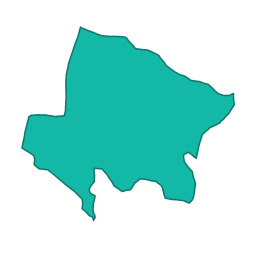 outline of Al-Shikhan, Ninawa, Iraq, rotated 276°
{"feature_id": "34846034B50799597720229", "entity_name": "Al-Shikhan", "entity_type": "district", "adm_level": 2, "iso_a3": "IRQ", "parent_name": "Iraq", "parent_adm1": "Ninawa", "projection": "natural_earth1", "projection_center": [43.409, 36.699], "detail": "fine", "context": "isolated", "style": "filled", "palette": "teal", "viewbox_px": 256, "rotation_deg": 276, "n_neighbors": 0, "source": "geoboundaries", "source_scale": "gbopen_adm2", "svg_char_len": 2618}
<svg xmlns="http://www.w3.org/2000/svg" viewBox="0 0 256 256"><g transform="rotate(276 128 128)"><path d="M98.4,24.7L97.0,24.7L93.1,32.9L90.7,37.2L87.3,38.5L81.8,38.5L79.7,41.4L78.1,44.0L78.1,52.5L74.4,58.4L64.1,73.5L59.1,81.7L55.4,86.2L52.5,89.8L48.6,90.8L42.8,90.8L41.9,92.3L40.9,94.1L36.7,98.7L35.9,101.9L32.8,103.3L35.2,104.6L37.2,104.3L39.5,102.9L43.0,101.7L45.1,101.7L49.5,101.5L54.7,102.3L57.1,102.3L58.7,98.4L60.2,96.7L62.7,96.0L64.5,96.3L66.2,97.1L68.1,98.1L70.8,100.0L75.7,99.8L77.4,99.7L81.5,98.7L84.5,98.7L84.5,106.6L81.6,109.6L80.0,111.6L77.9,113.2L75.6,115.1L73.1,117.4L69.0,120.2L66.4,125.0L64.2,128.8L65.8,132.8L66.8,136.8L67.8,137.5L71.5,139.4L74.2,140.6L74.7,141.4L76.8,143.5L78.8,145.8L78.7,151.0L78.5,153.6L77.9,157.0L77.8,161.6L76.4,163.3L75.1,165.9L73.7,167.6L71.6,168.7L65.1,171.0L62.1,172.5L61.5,179.3L61.7,184.2L61.6,190.8L60.8,193.1L59.7,196.4L60.6,197.5L62.8,199.2L64.8,200.1L68.6,200.6L79.6,201.0L81.2,200.3L87.2,197.7L91.1,196.6L92.8,194.9L95.9,191.5L98.8,188.8L100.1,187.7L103.6,186.6L107.1,186.0L109.7,189.7L110.2,190.5L108.5,193.7L106.7,196.1L105.1,198.9L107.4,199.3L115.7,200.1L121.0,200.9L125.0,201.8L129.6,202.6L131.4,204.7L133.8,206.6L134.9,207.9L137.1,209.6L138.0,211.3L141.1,216.4L142.2,218.4L144.5,219.7L146.0,221.4L147.2,222.4L150.2,224.4L152.4,226.3L154.3,227.4L157.5,228.8L160.2,230.3L162.4,231.3L166.0,230.3L170.4,229.6L173.2,229.3L172.8,228.1L171.6,226.5L170.8,225.3L170.8,223.3L170.4,221.3L170.4,219.6L170.8,217.3L171.2,215.8L172.2,213.1L172.8,212.4L174.0,210.7L175.6,208.8L176.4,207.8L177.2,206.7L178.9,204.5L179.8,203.1L180.0,202.0L180.3,199.5L180.9,196.9L181.5,194.7L181.6,193.8L181.7,192.5L181.7,190.2L181.9,187.0L182.0,185.7L182.1,185.0L183.3,183.3L185.0,180.1L185.4,179.2L185.9,177.4L186.1,176.0L186.5,173.9L186.8,172.8L187.7,171.2L188.5,169.1L189.1,167.9L190.4,165.9L192.0,162.9L193.1,161.2L193.9,159.7L195.5,158.3L197.4,156.8L198.8,155.2L200.2,153.7L201.5,152.4L203.2,151.2L203.6,150.5L204.8,147.4L205.5,145.4L206.4,143.3L206.6,142.1L207.0,141.3L207.4,140.4L207.6,138.4L207.5,135.4L207.6,130.6L207.7,127.3L207.9,127.0L210.3,124.6L213.1,121.3L214.9,119.3L216.8,117.7L217.0,117.4L217.6,116.5L218.0,116.0L218.1,114.2L218.0,110.2L217.7,104.9L217.1,100.6L217.1,96.5L217.1,92.2L217.8,89.0L219.7,82.3L220.9,77.4L222.0,74.0L222.4,72.5L222.7,71.5L223.1,70.5L223.2,70.2L213.2,68.6L206.1,66.6L195.5,64.3L185.3,62.0L183.2,62.0L175.0,61.1L167.1,61.4L151.8,63.3L143.9,63.7L142.7,63.7L138.6,64.0L133.4,63.3L132.9,60.1L132.3,56.8L131.8,54.8L132.3,44.0L131.5,35.9L130.5,30.6L128.9,28.3L113.9,26.1L107.3,25.7L98.4,24.7Z" fill="#14b8a6" stroke="#0f766e" stroke-width="1.5"/></g></svg>